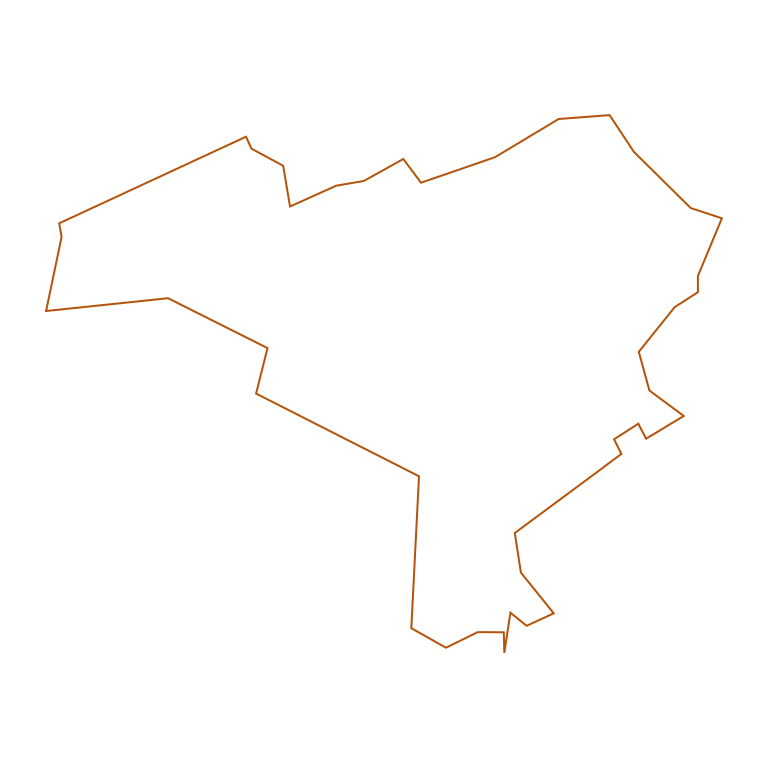 Johnson, Georgia, United States of America (Equal Earth projection)
{"feature_id": "52423323B6841559990412", "entity_name": "Johnson", "entity_type": "district", "adm_level": 2, "iso_a3": "USA", "parent_name": "United States of America", "parent_adm1": "Georgia", "projection": "equal_earth", "projection_center": [-82.627, 32.666], "detail": "fine", "context": "isolated", "style": "outline", "palette": "amber", "viewbox_px": 768, "rotation_deg": 0, "n_neighbors": 0, "source": "geoboundaries", "source_scale": "gbopen_adm2", "svg_char_len": 640}
<svg xmlns="http://www.w3.org/2000/svg" viewBox="0 0 768 768"><path d="M609.6,115.1L558.6,119.0L495.0,157.2L421.0,182.7L403.3,159.0L363.7,181.0L336.2,185.7L290.0,206.5L283.2,165.8L251.5,148.7L246.0,136.7L59.2,223.3L61.6,236.9L46.1,311.0L168.0,298.2L267.5,348.1L256.1,393.6L419.0,476.3L411.3,628.2L445.9,647.7L477.8,632.1L503.8,632.3L504.3,652.9L510.4,612.7L526.6,625.8L553.7,613.3L520.9,572.6L514.8,533.0L593.1,475.0L621.4,453.9L614.0,439.3L638.3,423.7L646.1,438.7L683.7,416.0L649.4,390.5L638.8,351.8L674.7,307.1L697.9,292.2L697.9,276.0L721.9,218.3L690.8,208.1L633.9,151.9L609.6,115.1Z" fill="none" stroke="#b45309" stroke-width="2"/></svg>